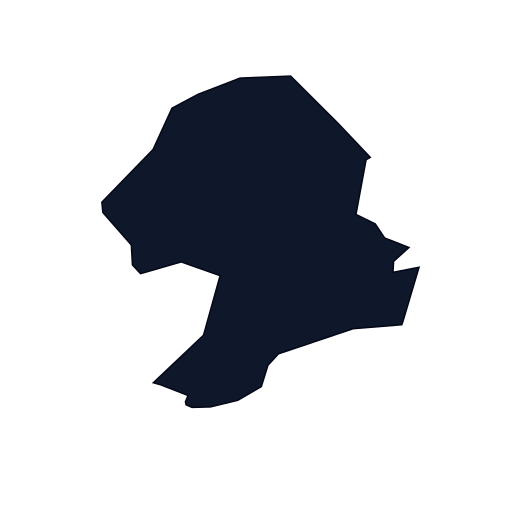 an SVG outline of Bridgend, rotated 308°
{"feature_id": "GBR-2112", "entity_name": "Bridgend", "entity_type": "Unitary Authority (wales)", "adm_level": 1, "iso_a3": "GBR", "parent_name": "United Kingdom", "parent_adm1": "", "projection": "equal_earth", "projection_center": [-3.617, 51.531], "detail": "fine", "context": "isolated", "style": "filled", "palette": "ink", "viewbox_px": 512, "rotation_deg": 308, "n_neighbors": 0, "source": "natural_earth", "source_scale": "10m", "svg_char_len": 645}
<svg xmlns="http://www.w3.org/2000/svg" viewBox="0 0 512 512"><g transform="rotate(308 256 256)"><path d="M291.6,413.2L258.5,377.3L192.7,333.9L177.2,332.7L156.4,340.6L131.1,330.5L109.0,313.0L97.3,298.8L95.7,292.5L97.7,290.1L101.2,289.2L104.2,288.2L95.8,260.2L92.9,253.1L161.3,263.4L218.4,239.8L205.3,200.7L171.0,175.9L172.9,164.1L187.9,151.0L196.0,108.5L203.5,101.4L276.5,109.3L320.8,98.8L347.8,110.8L386.4,133.9L419.1,172.5L411.0,239.3L404.1,285.3L399.6,283.5L350.3,309.2L354.7,330.2L349.4,346.3L356.9,371.3L336.5,367.7L327.5,374.0L347.5,391.4L294.3,412.3L292.7,412.8L291.6,413.2Z" fill="#0f172a" stroke="#020617" stroke-width="1.5"/></g></svg>